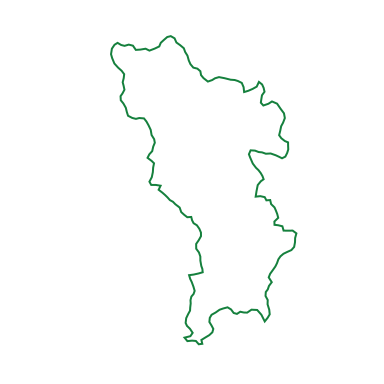 Conceição de Ipanema, Minas Gerais, Brazil, rotated 284°
{"feature_id": "56859067B34184939110586", "entity_name": "Conceição de Ipanema", "entity_type": "district", "adm_level": 2, "iso_a3": "BRA", "parent_name": "Brazil", "parent_adm1": "Minas Gerais", "projection": "albers", "projection_center": [-41.697, -19.901], "detail": "fine", "context": "isolated", "style": "outline", "palette": "green", "viewbox_px": 384, "rotation_deg": 284, "n_neighbors": 0, "source": "geoboundaries", "source_scale": "gbopen_adm2", "svg_char_len": 3067}
<svg xmlns="http://www.w3.org/2000/svg" viewBox="0 0 384 384"><g transform="rotate(284 192 192)"><path d="M256.6,275.1L260.0,274.1L263.4,273.2L263.9,269.8L265.8,265.6L268.2,262.8L272.6,262.8L277.4,262.6L281.3,263.6L286.2,264.2L290.6,262.2L294.2,257.8L298.3,253.2L299.2,247.7L296.1,244.8L293.2,240.3L295.3,237.2L299.0,236.8L302.8,236.5L306.8,238.1L310.4,236.3L313.3,234.0L315.0,230.3L309.9,229.3L306.7,225.9L303.8,222.1L301.6,218.4L306.2,216.7L309.9,213.9L310.8,209.7L311.0,206.4L310.3,202.3L310.3,195.9L310.0,190.4L307.9,186.8L305.5,184.5L303.0,180.7L305.3,175.6L307.6,172.5L311.2,170.9L313.0,167.4L313.0,163.2L315.6,159.6L318.8,157.1L323.2,154.6L326.2,151.5L329.5,149.3L331.6,145.0L333.3,140.7L336.9,137.9L338.1,133.7L336.4,130.5L332.7,127.9L329.2,125.6L325.3,125.0L322.1,121.1L318.9,116.5L319.8,112.3L317.7,107.5L316.3,103.1L319.7,99.3L319.7,95.0L317.5,91.2L317.5,87.7L318.7,83.7L316.1,81.2L311.7,79.6L306.1,80.1L302.5,82.2L297.9,85.6L294.8,90.2L292.6,94.4L289.9,97.7L285.9,98.2L281.7,98.2L278.6,99.9L274.9,101.7L270.8,100.7L267.7,99.5L263.8,100.7L261.3,104.0L257.7,107.4L253.9,109.4L250.5,111.5L249.4,116.1L249.4,119.9L251.0,122.9L251.8,127.6L249.3,130.8L246.2,133.7L242.3,136.9L237.5,139.0L234.1,142.5L230.8,144.0L226.7,143.4L222.0,143.5L218.3,141.5L214.4,140.6L212.4,145.3L210.7,148.2L206.3,148.4L201.8,149.2L196.6,149.4L191.7,148.2L189.0,150.7L190.1,155.2L190.5,160.0L186.1,159.1L184.2,163.4L182.5,166.7L180.8,169.6L178.8,172.5L177.9,175.9L176.1,178.8L173.9,183.8L169.9,186.4L168.0,189.9L166.4,193.5L167.6,197.3L164.6,198.9L162.1,201.1L160.9,204.8L158.1,208.0L154.8,210.5L151.3,211.4L146.9,210.2L142.6,208.6L138.0,209.8L135.0,213.4L131.4,215.7L127.5,216.7L122.5,218.9L119.8,220.7L116.7,221.8L114.5,218.0L112.3,213.6L110.6,209.3L107.2,211.3L104.6,213.5L100.5,216.3L96.7,218.5L93.4,218.2L90.4,216.7L86.7,216.7L83.5,217.7L79.6,218.2L76.4,218.8L72.6,217.8L68.2,216.9L63.4,217.5L60.9,219.5L58.8,223.1L55.5,226.7L51.7,225.3L48.9,220.0L46.2,223.6L47.8,228.0L48.4,231.8L45.9,235.4L47.2,238.7L50.7,236.9L54.1,240.2L57.3,243.4L60.8,245.7L64.3,245.8L67.0,243.4L70.1,240.3L74.2,239.7L77.6,240.7L80.8,244.1L84.4,247.2L86.5,250.4L88.7,254.4L87.5,258.3L84.7,261.7L84.6,265.1L87.5,267.8L87.6,271.3L88.3,274.7L92.2,278.2L93.3,283.8L89.7,289.0L84.0,293.9L88.2,295.8L92.1,297.0L96.5,295.4L101.3,292.5L105.5,291.6L108.9,288.5L112.8,287.8L115.8,289.1L119.5,289.4L123.8,291.2L127.7,287.1L131.5,287.6L135.5,289.2L139.9,290.9L143.5,291.7L147.6,292.1L151.0,293.4L154.2,295.7L156.8,298.8L159.7,302.5L163.4,304.4L168.2,304.1L172.3,303.2L177.1,303.3L178.9,299.0L177.7,294.6L176.7,290.2L180.6,288.0L180.6,283.6L180.1,280.0L183.3,279.1L187.8,281.9L191.3,280.0L194.4,277.8L197.0,275.8L199.4,271.7L203.1,269.8L201.9,266.2L204.6,263.8L204.5,259.3L202.9,254.9L208.4,254.4L214.6,254.1L219.1,256.2L221.7,258.4L224.4,256.6L227.0,254.1L229.3,251.2L231.0,248.2L234.3,244.1L239.5,240.1L242.4,238.1L246.6,238.8L247.4,243.1L246.9,247.0L247.4,250.4L247.0,254.4L248.4,259.0L247.9,264.4L247.2,268.0L246.5,271.2L248.9,274.0L252.9,274.9L256.6,275.1Z" fill="none" stroke="#15803d" stroke-width="2"/></g></svg>